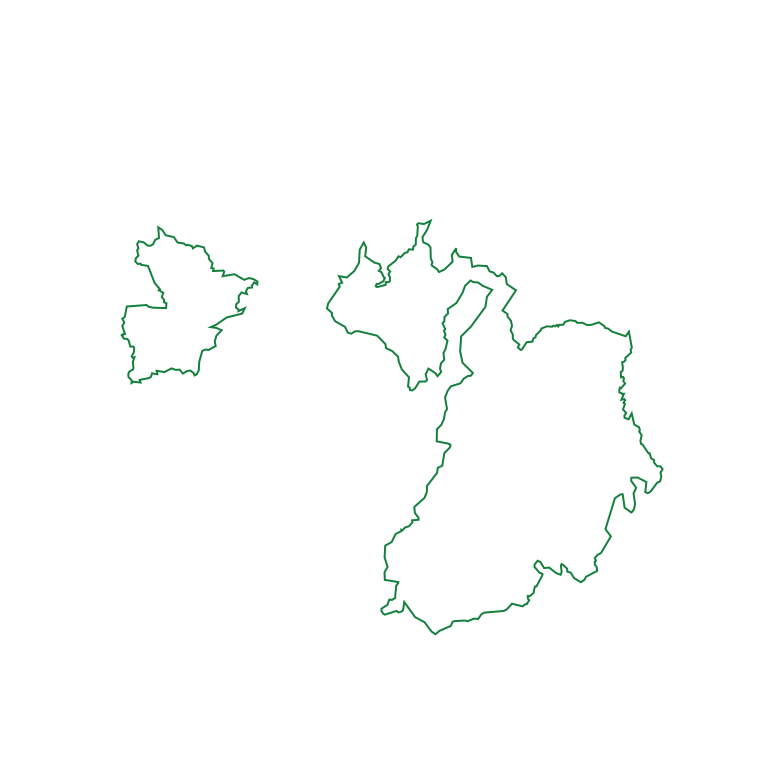 outline of Tecomatlán, Puebla, Mexico, rotated 126°
{"feature_id": "50627088B46760499332647", "entity_name": "Tecomatlán", "entity_type": "district", "adm_level": 2, "iso_a3": "MEX", "parent_name": "Mexico", "parent_adm1": "Puebla", "projection": "albers", "projection_center": [-98.317, 18.022], "detail": "fine", "context": "isolated", "style": "outline", "palette": "green", "viewbox_px": 768, "rotation_deg": 126, "n_neighbors": 0, "source": "geoboundaries", "source_scale": "gbopen_adm2", "svg_char_len": 6167}
<svg xmlns="http://www.w3.org/2000/svg" viewBox="0 0 768 768"><g transform="rotate(126 384 384)"><path d="M351.6,476.5L356.4,474.6L357.1,467.9L359.4,466.1L361.2,462.1L361.9,460.3L360.7,449.1L363.7,443.5L362.5,440.0L358.6,438.5L356.4,435.9L348.9,417.9L350.9,406.2L353.8,403.5L352.5,396.8L353.6,388.7L357.3,385.1L361.7,378.2L363.9,367.7L371.9,363.1L371.8,361.1L373.6,359.6L372.8,357.5L369.5,356.3L361.2,356.8L357.6,351.8L355.6,351.5L351.7,355.9L345.4,357.1L345.0,349.0L346.2,345.3L340.8,344.8L338.5,347.8L333.7,350.1L328.9,349.5L324.1,354.1L319.4,354.8L311.5,358.2L311.0,362.6L308.0,363.2L305.6,366.8L303.7,366.7L300.3,372.5L298.0,371.9L294.1,374.5L289.3,373.6L286.0,376.5L275.9,373.0L263.9,374.1L257.0,376.1L249.4,374.8L249.2,372.0L246.6,367.5L246.6,362.0L244.2,351.8L252.8,352.0L262.1,347.3L286.6,347.4L300.1,349.6L312.8,341.6L320.7,332.9L322.8,318.6L326.1,318.5L328.3,320.8L332.7,322.6L338.6,322.6L346.5,328.5L352.0,328.5L359.0,326.7L367.2,318.3L370.6,318.1L377.1,315.0L383.3,313.6L389.5,314.6L399.4,307.6L394.4,296.9L394.1,294.5L396.4,293.3L404.4,294.6L415.9,288.8L420.1,291.2L424.9,288.8L441.1,289.3L445.9,286.0L452.2,284.3L465.7,287.2L470.2,283.2L471.9,277.5L473.6,276.3L477.8,281.1L479.3,279.8L484.3,280.1L487.8,282.7L491.0,282.9L491.6,284.4L492.7,283.4L498.5,286.4L507.4,284.9L514.0,288.0L523.8,281.7L529.9,273.6L536.0,272.9L542.0,268.2L535.8,256.0L536.4,255.5L540.0,255.6L550.7,249.2L554.0,250.6L555.3,253.0L560.7,251.4L567.3,254.0L569.1,252.7L570.3,249.6L570.1,247.7L560.2,240.5L560.3,238.1L558.2,236.3L555.9,235.6L548.5,239.4L554.3,221.9L552.9,211.1L556.3,200.3L556.2,195.3L551.0,194.0L540.5,187.8L536.0,188.7L534.3,187.5L527.7,179.4L527.0,177.1L520.7,173.1L518.8,169.7L513.6,169.9L510.2,168.7L497.2,153.7L494.2,152.2L486.5,151.3L482.4,141.1L479.1,140.3L478.4,139.1L473.5,139.5L473.1,141.4L470.9,143.1L470.0,141.4L465.2,140.2L459.2,142.9L458.1,141.7L445.5,143.5L444.4,144.3L445.3,147.2L443.5,154.9L441.2,156.1L436.6,155.8L436.1,152.7L438.8,146.3L435.4,142.4L435.8,133.8L434.5,129.0L431.5,129.9L426.9,134.2L425.3,134.5L425.1,133.2L425.7,127.5L428.0,125.3L426.9,121.9L429.3,116.1L428.7,108.3L424.9,106.8L421.1,107.2L409.9,101.7L407.1,104.3L406.2,107.3L403.9,109.0L402.4,108.7L401.0,111.1L397.0,110.9L393.1,109.1L373.9,110.9L371.3,119.5L340.6,130.1L334.4,127.8L332.9,126.1L342.6,116.7L342.6,108.5L341.7,108.1L338.2,108.2L333.5,110.4L325.8,117.8L319.7,119.0L317.1,127.1L314.4,128.8L310.6,123.9L309.1,114.1L317.9,109.0L317.3,106.5L314.7,105.1L303.3,105.0L300.5,103.4L295.8,105.3L293.2,108.2L289.1,108.6L288.1,112.0L290.0,114.5L288.8,119.3L286.8,120.8L287.1,124.3L283.9,128.3L284.7,129.1L281.0,139.4L281.4,140.8L279.2,143.2L273.9,145.5L272.5,149.6L271.0,149.8L269.1,152.2L269.7,157.7L262.2,166.3L268.8,165.4L269.9,169.5L268.3,170.9L265.1,171.0L264.1,175.7L258.4,177.4L258.5,179.1L255.3,179.4L255.0,180.8L257.2,182.7L251.1,184.1L252.8,185.4L251.5,185.2L252.5,188.4L250.8,190.0L248.3,191.0L248.2,189.8L241.9,189.2L241.1,192.0L238.4,193.2L237.7,194.7L239.3,196.1L235.1,199.5L233.0,198.8L230.4,200.3L226.5,204.1L224.7,202.8L222.6,202.7L221.2,204.1L213.3,202.5L211.2,204.7L209.0,204.8L197.7,216.6L203.3,216.5L207.5,230.0L207.5,235.4L208.7,238.1L207.6,239.8L207.8,246.4L214.1,250.9L217.0,254.5L217.8,259.4L221.0,263.8L220.5,266.0L223.1,271.0L227.3,274.1L230.9,273.9L233.1,277.1L235.0,276.8L234.6,278.9L236.9,279.6L237.2,281.3L238.9,281.7L241.5,286.0L246.6,289.3L248.5,288.7L255.0,289.8L257.3,288.9L259.3,290.0L262.5,288.8L266.3,293.1L275.2,292.7L276.1,293.6L275.7,297.2L272.5,297.8L272.1,305.2L271.1,306.9L268.4,308.7L266.1,313.2L261.8,314.5L258.3,318.4L256.8,323.7L254.8,325.2L254.9,331.3L230.6,332.3L231.0,343.4L226.0,348.3L225.0,353.5L228.8,354.2L230.4,356.0L229.5,361.0L230.8,364.8L228.1,370.0L233.0,377.7L237.4,381.3L230.9,387.8L236.7,398.1L234.6,403.7L231.7,405.4L239.7,405.0L244.7,400.4L256.0,402.4L261.1,405.4L259.8,408.8L260.1,414.6L259.3,415.8L257.2,416.2L254.9,420.0L246.1,426.7L245.2,430.2L246.3,435.2L245.0,437.0L242.5,439.2L233.6,439.8L224.5,442.2L231.1,445.7L233.6,450.5L235.5,451.1L236.8,449.1L244.8,444.1L247.1,443.9L252.9,440.1L255.3,441.1L258.3,439.6L260.4,443.0L263.7,442.5L265.8,444.2L271.7,445.1L272.2,447.4L277.5,447.1L286.2,449.6L288.8,448.7L289.4,445.1L292.6,444.9L294.1,442.0L297.1,439.8L298.8,440.0L300.5,442.4L302.9,441.0L309.7,446.6L309.8,448.1L307.4,448.8L305.8,447.0L301.2,444.9L296.9,445.8L298.2,446.0L295.0,451.9L295.5,454.7L292.0,454.5L289.6,458.2L291.5,463.4L291.7,474.3L284.2,478.5L281.4,483.6L289.6,482.6L300.6,475.5L309.9,474.4L319.7,476.7L323.2,483.8L326.6,477.4L329.8,479.4L331.3,477.0L351.6,476.5ZM498.3,625.8L500.2,621.2L498.6,618.5L498.8,616.2L502.9,611.3L501.1,608.9L501.6,607.4L504.8,605.2L510.0,604.3L510.4,602.8L509.0,601.6L513.9,600.1L518.4,596.0L519.7,595.6L523.7,597.3L526.1,596.8L528.5,594.9L529.3,590.4L531.6,588.8L529.4,588.0L525.9,581.8L524.3,584.1L517.1,577.4L515.0,576.8L511.8,578.0L509.3,573.1L506.9,575.7L503.4,568.6L496.3,565.1L494.9,560.7L492.5,557.8L493.8,552.9L488.8,550.6L486.9,548.4L487.1,544.2L488.4,542.3L486.3,541.2L481.8,541.9L474.7,546.5L464.1,550.5L460.8,548.4L459.6,545.9L452.2,542.5L449.0,546.0L443.3,548.0L435.9,546.9L437.2,552.6L439.8,557.5L434.7,554.6L422.7,550.4L410.3,540.1L404.5,541.2L410.6,544.6L409.2,545.5L409.2,548.6L406.4,550.4L402.8,549.8L398.3,553.2L393.7,553.1L391.8,547.8L390.3,550.1L386.3,550.6L383.5,547.5L381.8,548.7L378.1,548.7L377.9,545.1L375.5,546.5L375.8,551.1L377.6,555.4L381.9,558.4L383.1,569.5L391.6,577.9L387.1,579.2L386.7,580.7L393.1,588.7L390.7,589.8L391.7,591.9L387.0,593.7L385.8,599.1L383.2,601.2L382.2,606.2L379.3,610.0L382.0,616.6L386.6,618.4L385.3,620.6L386.9,624.9L388.1,625.5L388.0,628.6L390.9,634.1L388.7,640.4L392.0,648.1L389.7,653.9L389.9,658.7L398.1,651.9L401.9,653.8L406.9,653.0L409.3,654.1L410.9,656.5L410.7,661.7L412.7,666.3L416.0,665.9L418.6,662.4L421.0,662.3L424.5,658.1L427.9,658.7L431.0,657.3L431.6,653.7L429.7,651.7L430.3,650.5L427.2,644.3L437.0,629.1L439.1,620.8L440.5,621.3L440.0,616.2L444.3,614.8L445.1,611.4L447.2,610.0L446.5,607.5L450.7,604.9L458.0,615.7L459.8,619.7L459.7,622.6L472.5,637.6L482.3,633.1L485.0,634.1L486.9,630.2L490.8,629.9L495.9,622.9L497.1,624.3L498.4,623.8L498.3,625.8Z" fill="none" stroke="#15803d" stroke-width="2"/></g></svg>